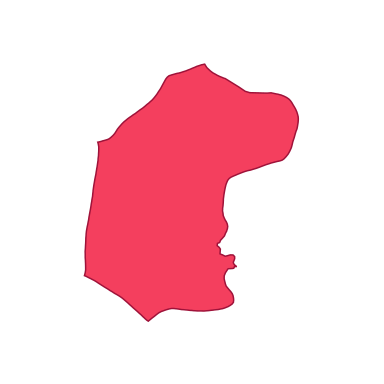 Daw'an, Hadramawt, Yemen (orthographic projection), rotated 221°
{"feature_id": "15242507B41313951038201", "entity_name": "Daw'an", "entity_type": "district", "adm_level": 2, "iso_a3": "YEM", "parent_name": "Yemen", "parent_adm1": "Hadramawt", "projection": "orthographic", "projection_center": [48.292, 15.038], "detail": "fine", "context": "isolated", "style": "filled", "palette": "rose", "viewbox_px": 384, "rotation_deg": 221, "n_neighbors": 0, "source": "geoboundaries", "source_scale": "gbopen_adm2", "svg_char_len": 5623}
<svg xmlns="http://www.w3.org/2000/svg" viewBox="0 0 384 384"><g transform="rotate(221 192 192)"><path d="M295.8,167.8L295.3,167.5L293.7,166.3L292.1,165.0L291.9,164.8L290.0,162.6L288.7,161.0L288.2,160.3L286.2,157.8L286.1,157.6L284.9,155.8L284.2,154.9L283.5,154.0L282.9,153.0L281.8,151.3L280.0,148.5L279.1,146.9L278.8,146.5L277.4,144.2L276.1,142.2L275.0,140.2L273.5,137.6L271.9,135.0L270.7,133.0L269.1,130.5L267.4,127.9L266.8,127.2L266.1,126.1L264.9,124.4L264.4,123.8L262.8,121.1L262.5,120.6L261.5,119.1L260.5,117.4L260.2,116.9L258.9,114.9L257.3,112.3L255.9,109.9L255.3,108.9L254.8,108.0L254.2,107.1L253.6,106.0L252.9,104.9L252.1,103.7L251.1,102.0L250.9,101.6L249.4,99.1L248.5,97.4L248.4,97.2L247.2,95.2L246.0,93.2L245.0,91.8L244.6,91.2L243.2,89.4L241.9,87.6L240.1,85.4L238.5,83.4L237.9,82.6L236.9,81.3L235.4,79.4L233.7,77.1L231.6,74.8L229.6,72.5L227.6,70.5L226.5,69.3L226.1,68.9L225.9,68.7L224.6,67.3L222.8,65.3L221.4,63.7L221.2,63.5L220.0,61.6L219.7,61.1L218.9,59.6L218.3,58.3L217.7,58.5L216.6,58.9L213.7,59.6L211.4,60.2L210.9,60.3L208.2,61.0L206.1,61.4L204.7,61.6L203.8,61.7L201.6,62.0L198.9,62.4L197.5,62.6L196.1,62.8L193.8,63.2L192.8,63.4L191.5,63.6L189.0,63.9L186.6,64.4L185.4,64.5L184.0,64.7L181.3,65.3L178.5,65.8L175.9,66.1L173.8,66.2L173.4,66.2L172.6,66.2L171.0,66.2L169.6,66.2L168.0,66.2L167.3,66.2L165.3,66.1L163.3,66.1L162.7,66.1L160.1,66.0L158.6,66.0L157.3,66.0L156.7,66.0L155.0,66.0L152.5,65.9L149.6,65.9L148.5,65.8L147.0,65.7L145.6,65.7L144.4,65.6L142.0,65.6L140.5,65.8L140.2,65.9L140.2,66.3L139.8,68.5L139.4,70.9L138.9,73.2L138.6,74.9L138.4,76.1L138.2,77.1L137.8,79.0L136.7,81.8L135.4,84.0L135.3,84.3L134.2,86.2L132.7,88.5L132.4,88.9L132.2,89.2L130.8,90.9L129.9,91.6L129.1,92.3L128.0,93.0L127.1,93.7L125.7,94.6L125.1,95.0L122.8,96.4L121.1,97.7L118.7,99.4L117.6,100.2L116.2,101.1L115.0,102.0L114.3,102.6L113.3,103.2L111.9,104.3L110.3,105.5L109.2,106.4L107.0,108.3L104.9,110.0L103.2,111.8L101.7,113.3L100.8,114.3L100.2,115.0L98.6,116.7L97.7,117.8L97.1,118.4L96.2,119.4L95.2,120.4L93.8,122.3L93.0,123.3L92.4,124.0L91.2,126.0L91.0,126.4L90.7,127.0L89.6,129.1L88.8,131.4L88.5,132.6L88.2,133.6L88.3,134.1L88.3,135.8L88.6,136.2L89.6,137.7L90.3,138.4L91.1,139.2L92.9,140.6L93.0,140.7L95.0,141.7L97.4,142.3L98.3,142.4L99.8,142.6L101.6,142.9L102.2,143.0L104.5,143.4L105.9,144.2L106.6,144.6L108.0,145.6L108.9,146.2L110.9,147.7L112.7,149.9L113.8,153.0L114.4,157.4L114.2,158.0L113.9,158.3L112.8,159.3L111.2,160.9L110.5,161.8L110.8,163.3L111.1,163.6L111.1,163.9L110.0,164.4L109.7,164.6L109.7,164.8L110.0,165.0L110.7,165.0L112.0,164.9L112.9,165.1L113.8,165.4L114.3,165.7L114.7,166.1L115.0,166.7L115.1,167.2L115.6,168.5L116.0,169.6L117.4,171.2L119.1,171.4L119.7,171.4L121.2,170.2L121.9,169.6L123.5,167.1L124.8,165.3L128.0,164.5L128.1,164.4L130.3,163.7L131.8,165.7L132.7,166.9L133.1,167.5L134.5,167.9L135.4,168.1L137.8,168.0L138.7,169.3L139.1,169.9L138.0,172.0L138.8,174.3L138.7,176.8L138.7,180.1L139.0,181.0L139.7,183.0L140.2,185.3L140.6,186.0L141.2,187.5L142.3,189.2L142.4,189.4L144.4,191.0L146.5,192.0L148.8,192.7L151.0,193.7L151.2,193.8L153.1,194.8L153.7,195.4L154.8,196.4L156.1,197.4L156.6,197.8L157.5,199.0L158.2,199.8L159.1,201.2L159.6,202.0L160.0,202.5L161.3,204.3L162.8,206.2L163.0,206.5L163.5,207.0L164.4,208.3L164.7,208.8L165.8,210.4L166.5,211.5L167.1,212.5L168.6,215.0L169.9,217.3L170.2,217.9L171.2,219.8L172.0,222.0L172.7,224.2L172.8,226.7L172.2,229.0L171.9,229.6L171.1,231.4L170.2,233.2L169.9,233.8L169.5,234.7L168.9,235.9L167.8,238.0L166.7,240.1L165.4,242.4L164.0,244.6L163.0,245.9L162.3,246.8L161.8,247.6L160.7,249.4L159.1,251.9L157.7,254.4L157.2,255.3L156.7,256.3L155.3,258.9L154.7,260.0L154.1,261.1L153.7,261.8L152.5,263.7L151.1,266.1L150.3,267.2L149.5,268.4L148.4,270.0L147.7,271.0L146.1,273.1L145.8,273.6L144.9,275.1L144.4,276.9L144.3,277.6L144.2,280.6L144.3,282.9L144.3,283.5L144.8,286.0L144.9,286.5L145.4,288.3L146.1,290.6L147.0,292.5L148.2,294.8L148.8,295.9L149.4,297.3L150.5,300.0L151.6,302.3L151.9,302.9L152.6,304.4L153.4,306.2L153.5,306.5L153.9,307.7L154.3,308.7L155.5,310.8L156.7,312.7L157.3,313.7L158.0,314.7L158.9,315.9L159.7,316.9L161.3,318.5L163.3,319.9L165.4,321.2L166.7,321.8L167.7,322.3L168.7,322.7L170.1,323.2L172.6,324.0L175.5,325.0L177.7,325.5L179.9,325.7L182.6,325.4L185.7,324.6L187.0,324.1L188.3,323.7L189.8,322.9L191.3,322.2L192.9,321.2L193.3,321.0L195.3,319.9L196.7,319.1L197.3,318.8L200.3,315.8L213.5,304.9L217.9,302.9L225.4,302.0L241.4,299.4L242.4,298.9L244.5,298.2L246.3,297.6L246.8,297.4L249.7,296.6L251.3,296.3L252.3,296.1L253.5,295.8L254.6,295.6L257.5,295.4L260.0,295.5L262.3,295.6L264.5,296.2L264.7,296.3L266.3,296.8L266.9,296.1L267.2,295.6L268.3,294.2L269.5,292.1L270.3,290.8L270.7,290.2L271.7,288.0L273.0,285.5L273.9,283.5L275.0,281.5L276.0,279.5L276.8,278.2L277.3,277.4L278.6,275.2L279.8,273.3L281.2,271.6L282.7,269.3L284.2,267.0L284.6,266.3L285.6,264.7L286.0,262.5L285.9,260.1L285.4,257.7L285.1,256.4L284.9,255.4L284.4,253.2L284.1,251.8L283.9,251.0L283.4,248.5L283.3,247.4L283.1,245.7L283.0,245.1L282.7,243.2L282.5,240.8L282.5,240.7L282.4,238.4L282.4,236.2L282.4,235.5L282.6,233.9L282.7,233.2L282.8,232.5L283.0,230.5L283.3,229.2L283.5,228.0L283.7,226.3L283.9,225.1L284.3,222.8L284.7,221.3L285.2,219.5L285.5,217.9L285.8,216.6L286.0,215.6L286.3,213.9L286.6,213.1L287.0,211.7L287.1,211.4L287.5,209.4L288.1,207.3L288.6,205.0L289.0,202.5L289.2,201.5L289.4,200.2L289.5,198.8L289.6,197.6L289.6,195.2L289.6,193.5L289.6,193.0L289.5,190.8L289.5,190.5L289.1,188.2L288.7,185.4L288.7,182.9L289.0,180.2L289.4,178.0L289.8,177.0L290.3,176.0L291.5,174.1L292.5,172.6L292.9,172.1L293.2,171.5L294.1,170.1L295.0,168.8L295.8,167.8Z" fill="#f43f5e" stroke="#9f1239" stroke-width="1.5"/></g></svg>